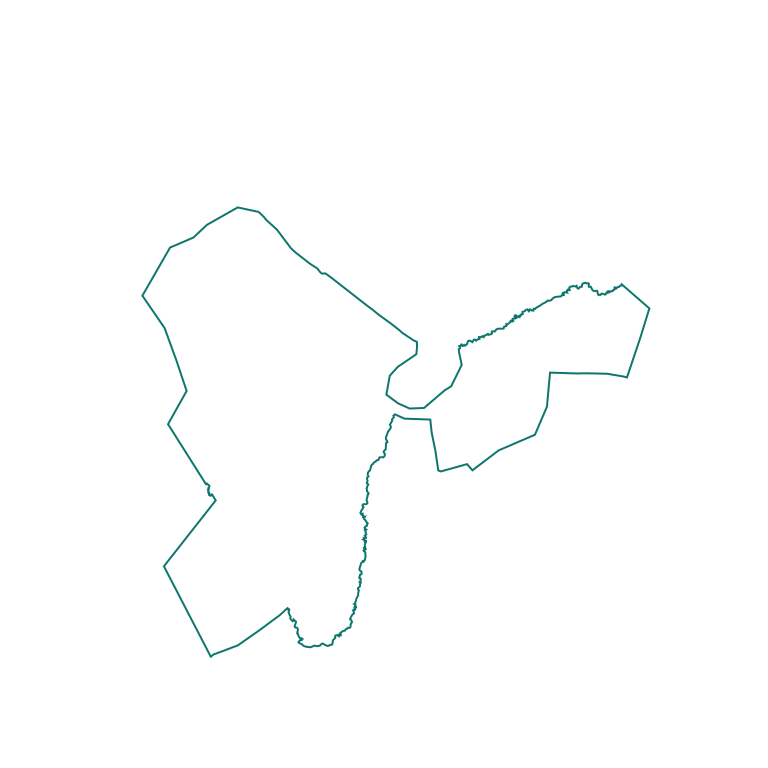 the district of Bayantu'men, Dornod, Mongolia, rotated 157°
{"feature_id": "93677404B39885701054599", "entity_name": "Bayantu'men", "entity_type": "district", "adm_level": 2, "iso_a3": "MNG", "parent_name": "Mongolia", "parent_adm1": "Dornod", "projection": "orthographic", "projection_center": [114.734, 48.046], "detail": "fine", "context": "isolated", "style": "outline", "palette": "teal", "viewbox_px": 768, "rotation_deg": 157, "n_neighbors": 0, "source": "geoboundaries", "source_scale": "gbopen_adm2", "svg_char_len": 6154}
<svg xmlns="http://www.w3.org/2000/svg" viewBox="0 0 768 768"><g transform="rotate(157 384 384)"><path d="M337.3,410.0L339.8,412.7L347.1,423.8L348.8,427.5L353.9,436.7L361.9,450.0L365.7,457.3L369.2,463.2L391.0,502.5L394.6,508.5L396.1,509.3L397.5,509.5L398.3,510.4L398.9,511.5L400.3,516.5L405.1,523.5L414.0,539.5L416.6,545.2L422.2,567.9L428.2,580.8L429.2,584.4L431.0,588.9L432.3,591.5L449.7,603.7L484.7,599.7L502.2,593.3L527.6,593.2L571.9,559.7L564.1,521.2L565.9,486.7L568.4,454.7L598.5,431.4L587.1,361.8L586.4,361.7L586.7,361.2L585.6,360.6L584.4,358.6L585.2,357.4L586.3,356.9L586.1,356.0L587.3,355.6L587.0,354.7L587.9,353.8L588.0,352.9L587.5,352.7L587.4,352.3L588.2,351.5L588.3,350.3L587.6,350.1L587.8,349.4L587.3,349.0L586.9,349.2L587.2,349.6L587.0,350.0L586.5,349.9L586.4,349.0L585.4,349.3L584.4,342.6L657.8,302.2L650.0,200.7L646.5,201.6L620.7,200.5L594.5,206.1L570.4,211.9L560.4,215.4L560.2,215.1L560.5,214.2L559.4,213.8L559.3,213.3L561.0,211.3L561.2,209.5L560.9,206.3L561.8,205.0L561.9,204.3L560.8,201.4L560.1,201.4L559.2,202.5L558.7,201.1L558.0,200.1L558.0,199.2L560.9,196.0L561.0,195.2L560.7,194.5L559.2,193.5L559.1,191.6L560.7,189.4L560.7,188.4L561.3,188.3L561.3,188.0L561.0,186.9L561.2,185.9L560.7,182.7L559.4,182.3L559.8,181.3L558.9,180.9L559.5,180.5L561.6,180.7L563.5,180.0L563.6,179.5L562.9,178.2L561.3,176.6L560.5,174.6L559.9,173.9L558.2,172.5L554.6,170.4L550.0,170.3L548.5,169.0L545.4,168.2L543.2,169.1L542.0,169.1L538.5,165.0L537.5,164.7L535.7,164.9L534.0,164.3L533.1,164.8L531.3,167.8L530.3,168.5L528.5,169.1L527.8,169.9L527.7,170.8L526.8,171.4L525.4,171.2L524.1,169.6L523.8,170.6L522.8,169.9L522.8,170.7L521.7,170.2L521.7,171.7L519.0,172.6L516.1,172.3L515.2,173.2L513.7,173.1L512.5,173.8L511.2,173.0L510.3,173.1L509.8,173.4L508.5,175.9L506.4,177.5L506.5,179.4L507.0,180.5L506.9,181.1L503.7,183.8L501.0,184.8L500.9,187.8L499.2,187.5L499.2,188.3L498.4,188.3L498.3,188.8L497.1,189.2L497.0,189.4L498.5,189.5L498.5,190.0L496.6,191.7L497.4,193.0L496.5,193.0L495.9,194.1L495.4,194.4L493.2,197.3L490.4,199.5L489.8,201.0L487.8,203.9L488.1,205.2L487.7,206.2L485.3,207.1L484.6,208.1L484.4,209.2L483.1,210.0L482.9,210.6L483.6,211.3L482.7,211.5L482.2,212.9L481.5,213.5L481.8,214.4L482.5,214.9L482.2,215.7L480.7,217.6L480.2,217.9L479.1,217.7L478.5,218.6L478.1,220.2L479.1,221.8L479.0,223.3L474.9,228.1L474.0,228.5L472.2,228.3L471.9,228.6L472.1,229.3L471.4,229.1L470.4,229.5L468.2,232.7L467.8,234.4L467.1,235.9L467.1,236.7L467.9,238.1L467.8,238.8L465.9,238.9L466.6,240.4L466.5,241.1L466.0,241.2L465.2,240.6L465.1,241.7L464.3,243.8L461.8,246.3L461.8,246.7L462.3,246.9L463.3,246.5L463.3,246.9L462.6,247.7L463.7,248.9L463.0,248.9L462.7,250.3L460.7,249.5L460.5,251.1L460.9,251.9L459.0,252.6L459.1,254.1L458.6,255.0L458.6,256.5L457.6,256.8L458.6,257.4L458.5,257.8L457.7,258.1L458.0,259.3L457.4,259.9L455.0,260.3L454.7,261.3L453.5,262.0L453.5,262.7L454.1,263.6L454.3,265.8L455.0,267.6L454.9,268.1L453.8,269.0L454.9,269.0L455.4,269.5L454.3,271.0L455.4,272.1L454.5,273.0L456.0,273.5L456.1,274.6L454.6,276.1L451.0,278.6L451.4,280.2L451.2,280.8L450.1,281.4L447.2,280.3L446.0,280.7L445.7,281.2L445.4,281.8L445.6,283.4L444.8,284.8L442.4,288.0L441.6,288.7L441.8,288.8L440.9,289.4L441.5,292.0L441.0,293.3L440.9,294.5L439.4,296.3L437.7,297.7L438.6,299.5L437.0,301.2L436.6,303.7L435.9,304.5L434.4,305.0L434.5,306.8L433.5,308.5L432.1,309.6L430.7,309.9L427.4,314.1L425.4,314.7L424.4,315.5L421.9,315.9L420.8,316.6L418.9,316.2L417.1,318.0L416.4,318.2L413.3,316.8L411.8,317.3L410.6,318.9L410.5,319.5L410.9,321.0L410.7,322.0L407.9,323.3L405.0,329.1L403.6,329.1L403.4,330.2L403.8,332.3L403.1,334.0L399.1,338.4L395.1,340.8L394.3,342.4L394.5,344.2L390.8,347.0L390.5,348.2L387.9,349.6L387.7,351.2L385.8,351.8L378.7,344.1L355.3,333.2L359.1,320.7L362.8,302.4L367.8,283.2L365.8,281.3L338.9,277.8L336.3,270.0L304.4,278.1L264.9,278.3L242.9,299.4L226.7,329.6L202.7,318.5L193.1,314.6L174.5,306.2L160.9,297.5L157.8,295.1L130.0,326.4L110.2,349.9L126.2,382.8L127.0,381.9L127.8,382.3L129.5,381.6L131.2,381.9L133.0,381.2L133.2,382.3L134.0,382.8L135.1,380.8L136.4,380.9L137.3,380.2L139.0,380.7L140.1,380.3L140.5,380.6L140.7,381.6L141.8,381.9L142.5,381.5L142.4,380.6L143.8,381.0L144.8,379.9L145.8,380.0L147.0,381.4L148.4,382.2L149.9,381.4L150.8,382.0L151.7,382.0L152.0,383.6L151.4,385.7L151.5,386.6L153.5,387.1L154.9,388.0L155.6,390.0L155.5,391.1L155.7,392.8L157.4,393.4L157.3,394.3L156.3,396.0L156.3,396.4L156.7,397.0L158.1,397.4L159.0,398.5L161.9,398.8L163.1,397.7L163.9,396.3L165.6,396.7L167.2,395.9L168.0,395.9L168.5,396.5L168.4,399.1L169.7,398.9L171.3,400.3L172.6,400.2L174.4,400.8L175.6,400.5L176.1,399.7L176.3,397.9L176.9,397.9L177.8,399.0L179.1,398.5L179.5,397.8L179.6,396.5L181.7,397.9L182.6,397.5L183.3,398.0L183.9,397.9L184.4,397.2L183.7,396.1L183.8,395.6L185.3,396.4L186.7,395.5L192.4,397.2L195.3,396.9L197.2,395.8L199.5,396.1L200.9,396.9L202.8,396.1L206.8,395.9L209.0,395.3L214.2,394.7L215.4,394.0L216.5,394.8L217.4,394.4L217.8,393.2L219.7,394.2L219.9,395.2L220.7,395.7L222.3,394.4L222.5,394.9L222.4,395.9L222.7,396.6L224.2,396.8L226.1,396.1L228.5,396.2L229.0,394.1L230.2,394.5L231.1,394.3L231.5,393.7L231.5,392.6L231.9,393.6L232.8,394.0L233.3,393.9L233.4,392.8L234.8,393.9L235.4,393.8L236.1,393.0L236.4,393.0L235.4,394.6L235.7,395.7L236.6,396.0L237.3,395.5L237.4,394.2L238.0,393.4L240.0,393.7L240.6,393.4L240.7,392.6L240.3,391.9L240.3,391.5L241.8,391.4L242.2,392.3L242.7,392.6L244.7,391.2L247.1,390.8L248.0,391.3L248.2,390.1L248.8,389.5L250.9,389.9L252.3,388.3L258.0,390.5L259.4,390.3L261.4,389.1L264.0,390.2L264.5,389.8L264.5,389.0L264.8,388.4L266.0,388.0L268.4,388.4L268.7,389.5L269.3,389.6L270.2,389.1L273.2,389.3L273.3,388.7L274.0,388.1L275.1,389.6L276.8,389.2L277.5,389.9L278.2,390.1L278.7,389.3L278.7,388.2L280.6,388.5L282.2,387.9L282.7,389.1L283.9,389.7L286.3,388.0L287.5,389.9L289.3,390.8L290.1,390.5L292.1,388.2L294.2,387.6L294.6,387.7L294.9,388.7L296.3,388.2L297.0,388.4L297.0,390.0L297.3,390.2L298.3,389.3L299.9,389.5L299.7,388.5L300.0,387.3L301.6,386.8L302.6,383.5L305.0,371.2L323.1,355.6L330.5,354.5L356.5,346.3L370.0,351.4L378.6,360.7L386.0,373.3L375.4,389.4L364.6,394.4L342.6,398.8L339.2,405.0L337.3,410.0Z" fill="none" stroke="#0f766e" stroke-width="2"/></g></svg>